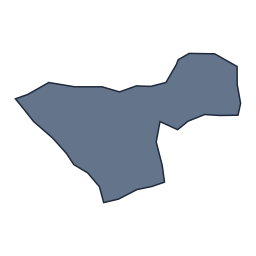 Guéni, Logone Occidental, Chad (Mercator projection)
{"feature_id": "50815135B88319439398100", "entity_name": "Guéni", "entity_type": "district", "adm_level": 2, "iso_a3": "TCD", "parent_name": "Chad", "parent_adm1": "Logone Occidental", "projection": "mercator", "projection_center": [15.87, 8.955], "detail": "fine", "context": "isolated", "style": "filled", "palette": "slate", "viewbox_px": 256, "rotation_deg": 0, "n_neighbors": 0, "source": "geoboundaries", "source_scale": "gbopen_adm2", "svg_char_len": 561}
<svg xmlns="http://www.w3.org/2000/svg" viewBox="0 0 256 256"><path d="M238.0,115.2L240.6,103.4L237.2,84.5L237.1,66.5L214.6,53.8L189.2,53.4L178.7,59.4L178.2,59.7L176.3,64.7L165.9,82.5L150.7,86.4L136.3,85.9L119.4,91.9L102.1,86.8L74.6,86.8L48.8,82.5L27.6,94.5L15.4,98.8L23.0,108.1L33.7,121.6L52.7,138.1L66.4,153.4L73.8,164.6L87.7,172.9L99.4,186.7L103.7,202.6L118.5,199.1L136.9,189.6L151.8,186.5L164.5,182.1L162.2,165.3L156.2,142.0L160.0,121.6L177.6,129.7L188.0,121.2L204.7,114.5L220.2,115.5L238.0,115.2Z" fill="#64748b" stroke="#1e293b" stroke-width="1.5"/></svg>